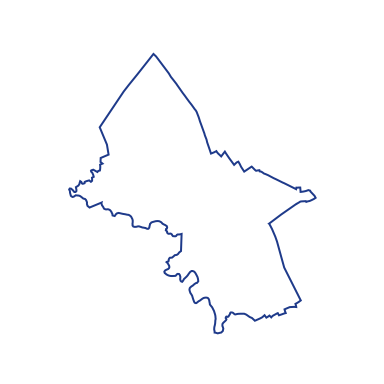 Serrekunda East, Banjul, Gambia, rotated 165°
{"feature_id": "56634734B18055278254530", "entity_name": "Serrekunda East", "entity_type": "district", "adm_level": 2, "iso_a3": "GMB", "parent_name": "Gambia", "parent_adm1": "Banjul", "projection": "natural_earth1", "projection_center": [-16.66, 13.41], "detail": "fine", "context": "isolated", "style": "outline", "palette": "blue", "viewbox_px": 384, "rotation_deg": 165, "n_neighbors": 0, "source": "geoboundaries", "source_scale": "gbopen_adm2", "svg_char_len": 5881}
<svg xmlns="http://www.w3.org/2000/svg" viewBox="0 0 384 384"><g transform="rotate(165 192 192)"><path d="M115.0,59.1L116.5,66.3L116.5,66.6L116.6,66.8L122.5,95.2L122.5,96.1L122.6,106.3L122.7,122.0L123.1,127.3L124.3,135.6L125.6,141.4L125.7,141.5L111.6,147.2L94.2,153.5L94.1,153.4L93.6,153.6L90.7,154.4L90.3,154.6L89.5,154.7L88.2,154.5L86.4,154.1L84.4,153.7L84.2,152.9L82.4,153.0L81.3,152.9L80.5,152.9L78.1,153.3L75.8,153.8L74.1,154.4L74.7,156.8L74.8,156.9L77.5,161.9L77.5,162.7L79.1,163.7L81.4,163.5L82.4,163.5L84.2,163.6L86.0,163.8L87.1,164.0L87.0,164.5L86.9,165.0L86.3,168.3L87.3,168.6L88.5,168.8L89.1,168.9L90.0,169.2L90.6,168.0L90.7,167.8L97.0,173.4L101.1,177.0L101.8,177.5L105.3,180.6L107.7,182.7L109.5,184.2L111.0,185.6L112.3,186.8L114.1,188.5L116.5,190.4L117.6,191.1L118.8,192.6L119.7,193.6L120.4,194.0L121.3,194.4L121.3,195.6L122.6,195.8L124.6,195.9L125.5,197.1L127.7,201.0L127.8,201.1L136.3,198.2L137.9,203.1L138.1,203.8L138.7,206.9L139.4,209.3L141.2,209.0L142.7,208.2L144.3,207.3L145.7,210.9L147.3,215.0L149.2,220.5L149.8,222.5L151.4,221.3L152.8,220.2L154.6,218.8L155.6,220.5L156.8,222.4L157.5,223.9L157.9,225.2L159.9,224.7L161.9,224.4L163.7,224.2L164.0,229.0L164.5,236.1L164.4,238.9L164.9,243.5L164.9,245.4L165.1,247.6L165.5,252.4L165.7,254.8L166.0,258.0L166.1,260.9L166.2,262.7L166.8,268.2L167.2,269.7L167.5,270.4L167.9,271.2L169.8,276.3L171.1,279.3L172.8,283.6L174.0,286.8L175.2,289.7L178.6,299.0L179.1,300.5L179.9,302.4L181.0,305.0L181.3,305.7L182.6,308.7L183.7,312.6L191.6,332.2L193.5,335.3L214.4,319.7L225.3,311.8L231.9,306.8L264.4,278.4L261.9,259.8L262.9,249.7L271.4,248.5L272.6,244.7L271.1,242.6L273.7,242.2L274.1,240.0L274.8,237.9L275.4,236.6L277.1,236.6L278.2,235.8L281.6,239.1L283.6,239.0L283.7,238.9L284.1,238.6L284.1,237.7L283.4,236.6L283.0,234.3L283.0,232.1L284.9,231.7L285.1,230.4L285.6,228.7L286.7,228.1L287.0,228.0L288.3,229.8L290.7,229.8L292.0,229.7L293.0,229.5L293.5,228.3L294.4,228.2L295.4,228.2L296.1,228.8L296.3,230.4L297.2,231.4L298.1,230.0L298.8,228.7L300.1,227.6L301.3,227.2L302.9,226.7L303.1,223.8L303.6,222.6L304.6,222.2L305.7,222.5L306.7,224.7L308.0,226.6L309.2,227.0L310.0,226.2L309.7,224.4L310.0,222.9L310.0,219.7L309.5,218.9L308.6,218.1L307.4,218.1L306.5,218.4L305.2,218.9L302.2,217.8L301.1,217.0L300.6,216.4L299.9,215.5L298.7,213.8L297.2,213.0L296.7,212.2L296.4,211.6L296.1,209.2L296.6,207.6L296.6,207.2L296.5,205.6L295.2,203.8L295.0,203.5L282.1,205.2L282.4,204.7L282.4,202.6L281.6,200.3L281.3,198.7L280.4,197.9L279.7,197.5L279.1,197.3L278.1,197.2L277.3,196.9L276.1,196.0L275.5,195.0L274.9,193.3L274.9,192.6L274.6,191.7L274.7,190.7L274.8,189.9L272.9,188.8L272.0,189.5L271.3,190.2L270.0,190.8L269.4,190.7L268.7,190.9L267.7,190.5L265.1,189.1L264.1,188.6L262.3,187.8L260.6,186.9L259.1,186.3L258.1,185.3L257.2,184.0L256.6,181.2L256.6,180.5L256.7,179.5L257.3,177.6L257.8,176.5L257.8,175.9L258.1,174.9L257.6,173.8L256.5,173.2L254.9,172.8L253.3,172.8L252.2,172.6L250.0,171.2L249.2,170.6L248.0,170.1L246.8,169.5L246.1,169.2L245.5,168.5L244.4,167.9L243.6,167.8L242.5,168.6L241.7,170.3L241.1,171.3L240.8,172.0L239.8,172.6L239.1,173.1L237.4,173.2L234.7,173.2L232.9,172.9L231.8,172.5L231.0,172.1L229.8,171.0L229.4,170.5L228.6,168.9L228.1,168.5L227.2,167.6L226.2,166.8L225.8,166.2L225.2,165.6L225.2,164.9L225.1,164.4L225.5,163.6L226.1,162.9L226.7,162.9L226.9,162.3L227.2,161.8L226.3,160.3L226.5,159.5L226.5,159.0L226.3,158.7L225.8,157.9L225.2,157.6L224.4,157.5L223.8,157.5L223.2,157.2L222.4,156.2L222.3,155.3L221.8,154.3L220.2,153.7L219.3,153.5L218.6,153.7L217.7,154.5L216.8,154.7L215.9,154.4L215.2,154.3L214.5,154.2L212.9,154.2L217.9,137.8L220.1,136.9L221.4,135.8L223.0,135.2L223.9,135.3L225.1,135.4L225.7,135.0L226.9,134.4L228.3,133.8L230.4,134.2L231.2,133.7L231.9,132.9L232.3,131.8L232.7,131.1L234.7,131.0L234.8,130.9L234.2,130.1L233.8,129.0L233.6,128.4L233.4,127.5L233.2,126.9L233.2,126.1L233.3,125.5L233.5,124.9L233.8,124.5L234.9,123.8L237.0,123.5L238.2,123.2L239.3,122.3L239.4,121.8L239.3,121.4L239.3,120.7L238.8,120.2L238.1,119.1L237.2,118.2L236.2,117.4L235.0,116.7L234.3,116.4L233.1,116.0L229.8,115.3L229.5,115.3L227.7,116.5L226.9,116.6L225.7,116.1L225.3,115.1L225.2,113.0L226.0,110.8L226.0,109.2L225.5,108.3L224.7,107.8L223.5,108.7L222.4,109.9L221.5,110.4L220.0,111.2L218.9,111.8L217.5,112.8L216.5,113.7L215.6,114.4L214.4,115.3L212.8,115.8L212.0,115.6L210.8,114.8L210.2,114.0L209.7,112.8L209.3,111.3L208.9,109.4L208.7,108.4L208.7,106.5L209.0,104.5L209.1,104.1L210.7,102.9L211.6,103.0L213.3,102.5L215.7,101.3L216.9,101.0L218.1,100.4L218.9,99.9L219.2,99.5L219.8,98.2L219.8,96.4L219.7,94.9L219.2,93.5L218.8,92.1L218.7,91.5L218.7,90.5L218.6,88.1L218.4,85.8L218.2,84.7L217.6,83.9L216.5,83.6L213.8,84.8L212.7,85.0L212.2,85.2L210.0,86.1L208.4,86.6L207.2,86.6L205.8,86.4L204.9,86.0L204.2,85.6L203.6,84.5L203.4,82.7L203.6,81.4L203.6,80.0L203.8,79.3L203.8,78.6L202.7,76.1L202.4,75.5L202.1,74.1L201.5,71.2L201.5,70.2L201.4,67.8L201.5,66.1L201.8,64.6L202.0,63.3L202.7,61.9L203.6,59.2L204.4,57.5L205.4,55.7L206.0,54.0L206.2,53.2L206.2,52.1L206.5,50.5L206.3,50.5L206.2,50.3L205.5,49.9L203.7,48.8L202.2,48.8L200.1,48.7L198.2,49.8L197.1,52.0L197.2,54.2L197.3,54.4L197.1,55.7L196.6,56.8L195.6,57.6L193.3,58.8L192.2,59.5L191.7,60.1L191.8,60.8L192.1,61.5L191.8,62.1L191.2,62.7L190.6,62.7L189.8,62.1L189.0,62.3L188.4,62.9L187.0,64.2L186.5,65.1L185.9,65.6L185.2,65.5L184.2,65.1L183.6,64.6L182.5,62.9L181.7,62.5L180.5,62.5L179.2,62.4L177.7,62.1L174.8,61.4L174.1,61.2L172.9,60.8L171.3,59.5L168.6,56.3L166.7,54.8L164.8,51.8L164.6,51.4L163.6,51.5L162.5,51.7L161.1,51.9L158.7,52.3L156.6,52.8L153.8,54.2L152.7,51.4L150.6,52.0L149.2,52.6L148.4,51.3L147.9,50.4L147.2,50.9L145.8,51.6L140.8,52.8L140.5,52.8L139.9,50.4L136.7,50.6L134.6,50.8L132.8,50.8L132.9,51.7L133.0,52.6L133.0,54.7L130.4,55.1L127.4,55.5L123.0,54.6L121.1,53.9L121.0,54.7L121.0,56.3L121.0,57.2L120.5,57.3L119.6,57.5L117.3,58.2L116.3,58.6L115.0,59.1Z" fill="none" stroke="#1e3a8a" stroke-width="2"/></g></svg>